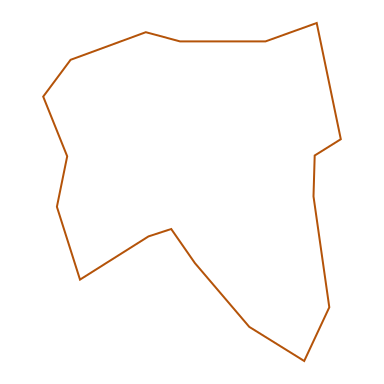 Saint Paul, Equal Earth projection
{"feature_id": "ATG-5096", "entity_name": "Saint Paul", "entity_type": "Parish", "adm_level": 1, "iso_a3": "ATG", "parent_name": "Antigua and Barbuda", "parent_adm1": "", "projection": "equal_earth", "projection_center": [-61.766, 17.027], "detail": "fine", "context": "isolated", "style": "outline", "palette": "amber", "viewbox_px": 384, "rotation_deg": 0, "n_neighbors": 0, "source": "natural_earth", "source_scale": "10m", "svg_char_len": 344}
<svg xmlns="http://www.w3.org/2000/svg" viewBox="0 0 384 384"><path d="M340.8,139.2L314.7,155.5L313.5,196.4L329.3,307.3L304.2,361.0L249.3,326.9L194.9,263.1L171.2,229.0L148.5,236.4L80.0,279.6L56.9,206.8L67.2,156.3L43.2,96.6L70.6,59.8L145.8,32.2L180.0,41.4L265.5,41.4L316.7,23.0L340.8,139.2Z" fill="none" stroke="#b45309" stroke-width="2"/></svg>